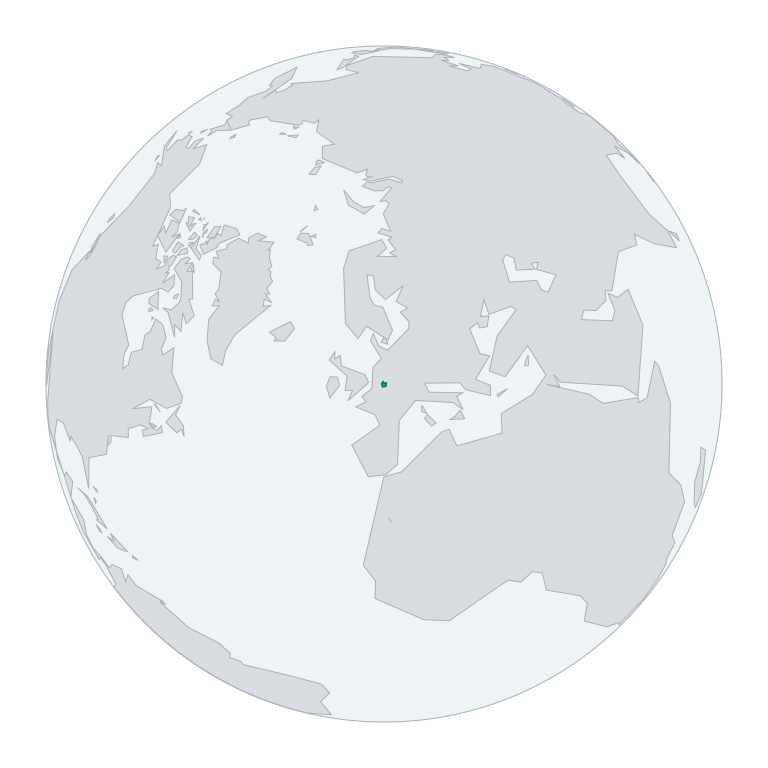 globe centered on Ardennes, rotated 327°
{"feature_id": "FRA-5268", "entity_name": "Ardennes", "entity_type": "Metropolitan department", "adm_level": 1, "iso_a3": "FRA", "parent_name": "France", "parent_adm1": "", "projection": "orthographic", "projection_center": [4.734, 49.698], "detail": "fine", "context": "on_globe", "style": "filled", "palette": "teal", "viewbox_px": 768, "rotation_deg": 327, "n_neighbors": 0, "source": "natural_earth", "source_scale": "10m", "svg_char_len": 11502}
<svg xmlns="http://www.w3.org/2000/svg" viewBox="0 0 768 768"><g transform="rotate(327 384 384)"><circle cx="384" cy="384" r="338" fill="#eef3f6" stroke="#a8b0b8"/><path d="M48.2,421.6L48.0,418.8L47.1,407.5L50.2,405.7L52.2,383.8L51.8,375.4L49.7,376.1L51.2,344.5L55.4,324.0L79.3,238.8L85.9,225.7L92.7,215.2L134.1,160.9L100.6,201.0L110.3,186.6L124.4,169.0L124.2,170.1L143.9,150.2L157.2,137.1L184.1,118.6L210.0,112.0L201.1,117.5L208.3,115.9L219.9,109.2L225.8,105.3L266.5,96.0L306.4,82.5L314.8,75.2L316.3,79.8L329.3,64.9L348.2,58.8L329.4,67.7L329.4,70.4L343.6,66.9L346.7,69.0L355.3,68.8L357.8,71.9L346.6,77.6L348.0,80.0L357.9,77.4L366.7,79.5L351.9,82.7L365.6,86.8L349.4,98.9L307.8,107.7L301.3,119.4L264.9,142.5L270.7,143.9L260.6,154.5L263.5,160.3L255.9,163.6L264.8,165.5L271.1,161.4L277.1,161.1L279.4,164.3L270.2,168.8L267.7,167.9L266.1,171.0L260.5,172.0L264.6,173.3L253.1,178.9L267.8,178.4L261.4,187.0L252.9,189.4L249.6,182.6L221.7,173.5L212.0,175.0L201.8,183.4L191.2,212.3L182.2,217.3L173.2,228.7L180.0,228.6L189.5,219.8L199.8,223.2L210.2,212.7L215.9,212.8L228.2,205.4L230.8,213.8L226.6,226.4L216.5,233.3L214.3,239.3L227.5,239.1L212.2,259.0L208.1,284.7L203.7,289.5L188.5,286.2L179.4,269.3L159.8,267.8L176.9,276.6L165.5,289.4L165.5,295.1L168.7,299.3L174.7,297.7L171.8,304.1L153.7,297.0L156.1,291.1L161.8,293.2L157.5,285.6L145.2,282.2L140.4,289.6L127.0,278.6L123.4,284.0L118.5,285.1L125.1,277.0L112.9,291.7L96.4,285.1L79.4,310.8L91.3,281.0L92.6,269.0L92.7,257.4L89.7,261.2L93.8,242.3L90.6,235.5L79.2,248.6L69.7,268.4L66.1,287.2L69.7,284.7L69.8,296.3L59.7,308.3L58.2,334.5L52.5,348.3L50.7,363.4L52.5,372.7L53.5,388.5L57.8,387.5L63.1,395.7L59.6,409.3L65.4,404.5L66.4,418.3L79.2,443.9L77.3,444.9L87.6,482.1L104.4,511.5L108.3,526.2L105.7,529.4L112.9,538.7L113.1,542.6L146.6,577.9L167.9,601.4L170.1,613.6L157.8,615.8L159.7,632.7L141.2,618.7L143.3,621.2L126.4,602.8L111.0,583.1L97.0,562.3L84.6,540.6L73.8,518.0L64.7,494.7L57.4,470.7L51.9,446.3L48.2,421.6ZM74.2,317.4L73.0,354.7L68.9,341.4L70.5,342.1L71.9,330.9L72.7,314.3L70.5,303.7L74.2,317.4ZM84.3,316.1L84.2,310.7L85.0,315.0L84.3,316.1ZM227.9,103.3L219.8,108.9L208.2,114.6L214.5,109.5L227.9,103.3ZM250.6,94.6L247.6,97.4L239.8,97.8L243.9,96.1L250.6,94.6ZM320.1,70.0L312.9,72.4L318.8,69.4L320.1,70.0ZM356.1,68.2L357.2,67.0L361.2,67.5L356.1,68.2ZM226.0,201.3L227.0,203.3L224.2,203.6L226.0,201.3ZM230.4,196.4L226.3,195.3L227.8,192.9L230.2,193.5L230.4,196.4ZM368.7,72.8L374.8,74.3L366.6,73.7L368.7,72.8ZM235.0,198.3L230.9,188.6L233.5,184.4L245.2,183.6L235.0,198.3ZM377.1,75.8L392.2,80.0L395.8,77.3L394.0,87.8L381.8,80.4L371.1,79.9L377.3,78.2L377.1,75.8ZM272.1,158.8L265.5,163.2L268.9,156.7L272.1,158.8ZM272.9,154.7L274.9,136.2L285.9,131.8L283.0,138.6L295.5,130.9L299.9,137.7L294.0,143.5L286.0,144.9L293.8,146.6L272.9,154.7ZM390.6,93.3L392.6,95.4L388.4,94.3L390.6,93.3ZM279.8,160.4L279.2,156.9L288.7,152.7L291.6,159.0L287.6,158.3L279.8,160.4ZM296.7,125.7L304.2,124.0L309.9,129.0L313.6,129.1L301.0,137.5L296.7,125.7ZM286.6,160.9L292.8,162.4L290.4,167.5L281.0,163.7L286.6,160.9ZM290.0,149.0L294.6,147.4L293.0,150.3L290.0,149.0ZM285.5,187.1L284.5,182.5L289.4,179.8L285.5,187.1ZM295.3,162.7L296.1,161.0L297.9,159.5L301.4,161.6L295.3,162.7ZM305.8,140.6L306.6,143.2L311.3,137.4L315.7,141.2L306.4,146.3L312.3,145.8L313.6,147.0L304.6,149.8L305.8,140.6ZM310.4,159.5L300.2,167.9L300.8,176.8L296.5,179.3L296.3,164.6L310.4,159.5ZM307.8,153.5L308.4,157.7L302.7,158.5L298.8,156.1L307.8,153.5ZM322.0,142.1L317.6,134.9L319.7,134.1L322.0,142.1ZM311.7,161.9L314.1,159.8L312.4,162.4L311.7,161.9ZM320.1,147.9L318.2,145.4L320.8,144.5L320.1,147.9ZM320.5,158.0L317.2,160.6L314.4,159.0L320.5,158.0ZM321.2,153.3L325.1,152.7L315.4,156.8L320.0,152.2L321.2,153.3ZM322.8,147.5L323.6,146.2L323.2,148.7L322.8,147.5ZM333.0,163.1L321.5,168.7L315.3,165.0L327.4,159.9L333.0,163.1ZM712.5,304.8L711.5,300.8L711.3,309.9L716.5,329.0L717.0,326.8L718.9,338.8L718.3,335.5L718.1,338.3L714.4,322.9L707.0,309.9L708.8,326.0L705.0,317.4L695.1,313.2L695.5,336.3L698.8,385.8L705.3,409.8L703.7,429.2L686.9,413.4L675.6,394.7L671.8,405.1L652.6,400.7L626.0,429.9L620.2,426.2L615.6,434.9L601.7,437.8L592.0,430.8L584.5,437.4L610.0,455.4L617.7,448.1L621.3,430.1L627.2,438.6L640.3,437.5L633.2,475.7L590.4,532.3L582.8,515.6L532.6,478.3L532.3,470.9L531.9,470.2L531.1,469.1L530.0,481.9L520.2,473.1L550.6,504.5L557.2,519.6L589.8,533.9L587.6,538.4L597.1,538.9L623.3,512.4L624.2,518.6L613.9,555.9L574.6,613.6L577.9,630.3L571.9,646.6L543.2,667.9L541.6,675.5L526.2,684.2L522.4,688.5L507.7,696.4L484.7,705.6L450.0,713.9L451.1,712.0L438.7,709.2L422.9,691.8L435.1,678.6L433.4,668.6L407.9,645.3L413.8,628.6L406.1,622.1L390.8,624.7L381.6,616.3L372.0,616.2L309.9,618.1L289.0,603.3L259.7,558.9L269.5,544.9L268.0,524.7L333.3,461.8L350.8,467.3L406.4,455.6L414.0,457.6L411.4,475.6L456.3,489.5L466.1,472.7L502.8,473.6L524.7,464.7L525.4,430.0L489.5,443.9L479.3,430.3L504.9,405.5L535.6,393.5L532.6,387.9L509.9,382.8L513.5,367.8L501.6,380.0L509.0,384.0L501.7,392.1L494.5,389.0L496.1,383.6L485.9,384.4L481.0,410.9L487.9,417.9L463.2,429.9L472.5,443.0L466.9,451.8L449.3,433.1L448.5,424.5L418.5,405.4L417.2,415.3L445.4,434.3L438.1,434.0L436.5,448.6L431.9,437.2L401.5,414.9L377.0,422.9L351.5,458.7L336.0,461.1L320.3,453.2L323.7,417.6L358.1,416.4L359.8,404.8L347.8,387.7L359.3,389.2L358.7,382.4L371.2,381.2L383.9,364.0L395.9,361.2L396.2,340.1L402.4,336.1L400.4,349.5L405.5,357.7L434.6,351.1L438.9,345.6L436.8,332.7L445.1,332.9L439.2,321.4L453.7,311.9L431.2,314.1L428.1,300.2L434.2,287.2L429.1,283.3L419.1,304.6L418.8,312.9L424.9,319.2L420.4,343.6L411.4,349.2L400.8,326.0L386.9,331.8L384.7,312.2L413.1,265.0L427.3,253.4L460.7,261.7L460.2,271.6L447.9,273.2L463.5,283.8L460.2,277.1L467.1,277.7L465.8,265.4L470.7,265.2L461.2,254.0L467.0,252.5L472.9,259.6L476.0,241.1L486.7,235.4L485.1,231.3L480.3,228.7L497.1,223.7L495.2,221.0L488.9,221.5L481.0,216.7L473.5,206.5L479.7,205.3L483.3,208.8L500.0,214.9L508.5,225.0L510.3,223.6L504.4,214.5L483.9,207.0L477.7,201.3L487.6,203.4L483.5,202.2L482.3,199.0L487.0,194.9L476.2,192.1L455.0,161.3L461.9,151.1L473.1,155.9L464.9,135.5L473.3,127.1L467.6,127.4L459.7,118.7L456.9,121.2L453.6,120.7L432.1,101.4L431.9,96.5L416.1,90.0L413.1,90.3L412.4,93.5L394.0,87.8L395.8,77.3L402.5,76.9L399.1,71.2L414.8,71.5L426.2,69.7L445.3,74.3L452.7,73.0L450.5,71.0L458.8,68.3L483.6,70.9L473.3,77.4L437.9,78.6L453.2,78.5L452.6,81.3L459.9,83.2L470.4,83.4L469.8,81.5L501.5,98.9L532.6,109.1L523.4,99.8L526.1,96.5L553.4,103.4L602.4,136.9L606.4,135.5L612.3,139.4L621.1,148.6L612.9,143.2L614.3,147.8L608.3,143.7L619.7,157.8L611.6,152.7L624.5,166.8L628.7,167.3L621.7,156.2L636.3,171.6L639.8,169.0L649.4,177.7L674.6,213.6L686.4,237.9L689.0,242.6L688.9,246.1L696.0,263.2L702.1,270.1L704.0,275.5L712.5,304.8ZM315.4,498.2L314.6,504.5L315.4,498.2ZM571.6,396.4L587.7,386.0L574.4,370.9L579.5,365.9L573.1,362.8L573.4,369.9L556.9,360.5L561.6,349.4L556.6,341.8L550.9,345.0L544.8,367.0L568.4,380.2L567.3,391.1L571.6,396.4ZM79.8,444.5L80.9,450.2L78.5,446.1L79.8,444.5ZM65.9,344.8L66.8,350.6L66.4,355.5L65.3,352.0L65.9,344.8ZM79.6,390.8L81.8,398.0L78.4,392.7L79.6,390.8ZM73.3,360.2L77.7,385.4L71.3,376.8L68.9,361.1L72.0,368.7L73.3,360.2ZM78.9,321.1L78.9,325.5L77.2,326.9L78.9,321.1ZM85.0,319.3L84.6,318.2L85.6,314.5L85.0,319.3ZM166.6,289.8L167.9,290.6L170.1,295.7L166.8,295.1L166.6,289.8ZM193.1,309.4L187.7,319.3L189.3,311.5L183.7,312.2L180.1,297.2L201.3,291.1L192.3,296.3L193.1,309.4ZM181.2,276.3L181.1,285.9L180.3,275.7L181.2,276.3ZM342.8,348.6L348.6,352.9L346.1,360.9L331.0,366.3L334.4,354.6L342.8,348.6ZM357.5,357.4L351.1,334.0L360.3,330.3L356.2,336.2L362.9,336.1L358.2,345.7L373.1,365.8L371.9,374.4L344.5,378.5L354.1,372.2L347.9,368.1L357.5,357.4ZM318.8,286.5L316.2,278.0L339.5,280.8L339.3,288.6L324.1,294.0L315.5,288.0L318.8,286.5ZM256.4,199.4L253.9,197.1L256.4,195.7L260.7,196.5L256.4,199.4ZM284.6,185.2L270.0,208.4L266.4,206.8L262.1,223.3L251.0,225.6L254.1,214.7L242.3,229.2L240.7,220.3L233.8,230.8L241.9,206.4L239.9,199.5L246.3,206.2L256.7,204.1L260.5,201.2L270.0,188.0L270.9,172.9L281.3,169.1L288.4,170.4L289.7,173.4L282.6,174.8L289.6,177.9L280.2,182.3L284.6,185.2ZM365.5,196.6L356.6,195.5L369.1,205.3L359.8,208.6L361.9,209.5L356.7,215.4L354.0,224.4L349.2,224.7L350.2,228.1L346.9,232.4L346.6,237.3L338.0,239.8L337.0,246.1L333.5,243.8L334.1,254.1L329.7,247.7L325.0,253.0L331.7,256.4L285.5,261.5L269.6,269.6L258.6,280.3L252.6,268.6L259.0,251.6L272.1,234.4L288.3,228.7L282.6,224.8L288.8,221.0L290.7,225.7L291.4,216.4L296.9,214.6L308.5,201.3L306.1,189.8L310.2,184.9L314.0,188.6L315.5,181.2L325.4,185.0L328.6,181.8L341.5,182.6L346.9,192.1L350.1,187.8L360.0,188.7L365.5,196.6ZM336.6,163.6L345.1,173.5L344.2,180.4L322.1,176.2L317.8,178.6L303.5,176.8L305.2,167.1L309.1,168.4L313.3,167.5L311.1,170.9L316.0,167.5L321.5,169.3L326.8,167.3L328.1,171.0L336.6,163.6ZM420.2,449.9L425.7,449.8L433.7,447.6L432.8,457.1L420.2,449.9ZM399.3,435.0L403.8,433.3L406.5,445.0L400.9,445.3L399.3,435.0ZM404.1,422.7L403.9,432.3L400.6,427.3L404.1,422.7ZM404.4,347.4L409.0,345.0L410.4,347.8L408.9,352.7L404.4,347.4ZM400.5,228.6L395.6,226.3L396.4,224.3L390.0,215.0L396.4,212.2L402.7,216.7L400.5,228.6ZM520.6,438.1L515.7,446.9L511.8,445.3L514.2,442.6L520.6,438.1ZM473.2,454.3L485.1,455.1L472.8,456.9L473.2,454.3ZM406.4,224.0L403.1,220.4L408.3,221.3L406.4,224.0ZM400.7,209.8L406.5,209.8L396.4,210.8L400.7,209.8ZM617.5,614.9L590.5,648.8L578.0,657.1L579.1,653.0L591.3,635.4L606.9,621.6L615.5,609.5L617.5,614.9ZM721.2,362.1L720.4,360.6L720.1,351.7L720.1,349.2L721.2,362.1ZM706.2,410.7L711.0,417.3L709.6,425.0L706.2,410.7ZM692.3,248.3L695.0,255.8L693.5,253.1L689.0,242.0L692.3,248.3ZM656.8,185.7L662.9,193.5L665.6,197.4L663.9,195.4L656.8,185.7ZM455.9,199.1L457.7,214.8L463.2,225.1L472.9,229.1L460.0,230.7L451.5,214.6L455.9,199.1ZM454.5,165.8L446.0,163.1L449.0,160.3L451.4,160.6L454.5,165.8ZM449.8,167.0L440.6,171.2L435.4,167.1L443.7,164.6L449.8,167.0ZM423.8,196.8L423.9,201.5L419.6,200.6L423.8,196.8ZM607.2,131.6L604.0,129.6L598.5,124.5L602.3,127.2L607.2,131.6ZM577.6,107.8L596.0,122.6L610.2,135.6L609.2,133.8L618.4,141.7L616.3,141.5L601.3,128.3L591.7,119.5L583.8,114.4L572.7,106.4L565.0,103.1L558.1,98.9L562.1,99.5L577.6,107.8ZM562.1,102.1L544.7,95.5L537.3,88.8L539.5,88.7L550.6,94.4L553.8,97.5L562.1,102.1ZM538.3,92.1L541.2,95.3L521.9,96.2L515.9,94.9L526.8,89.7L530.2,92.5L536.2,93.8L538.3,92.1ZM395.5,94.2L392.8,95.3L393.2,93.2L395.5,94.2ZM452.2,122.3L447.7,121.4L448.2,118.7L452.2,122.3ZM435.4,117.5L438.0,121.2L432.6,117.8L435.4,117.5ZM444.2,129.5L437.8,122.9L447.6,128.5L444.2,129.5Z" fill="#d9dde1" stroke="#a8b0b8" stroke-width="1"/><path d="M384.3,381.3L384.5,381.3L384.5,381.5L384.4,381.7L384.4,381.8L384.4,382.0L384.2,382.4L384.2,382.5L384.4,382.6L384.5,382.7L384.5,382.8L384.4,383.0L384.4,383.4L384.5,383.5L384.8,383.4L385.0,383.5L385.3,383.7L385.5,384.0L385.8,384.1L386.0,384.0L386.2,384.3L386.1,384.5L386.3,384.5L386.3,384.4L386.5,384.5L386.4,384.7L386.2,384.9L385.8,384.8L385.7,384.8L385.6,384.7L385.4,384.8L385.4,385.0L385.3,385.3L385.4,385.5L385.5,385.6L385.4,385.7L385.4,385.9L385.3,386.0L385.2,386.2L385.2,386.3L385.2,386.5L384.9,386.7L384.7,386.6L384.4,386.7L384.0,386.6L383.6,386.7L383.4,386.4L382.9,386.5L382.6,386.2L382.4,386.2L381.9,385.8L381.8,385.7L381.4,385.7L381.5,385.5L381.4,385.4L381.4,385.2L381.5,385.0L381.4,384.9L381.5,384.8L381.5,384.7L381.4,384.7L381.4,384.4L381.5,384.3L381.7,384.2L381.8,384.1L382.0,383.9L382.1,383.7L382.0,383.3L382.1,383.2L382.1,382.9L382.0,382.7L382.3,382.4L382.8,382.6L383.0,382.6L383.5,382.3L383.7,382.2L383.8,382.1L383.8,381.9L383.8,381.7L384.2,381.3L384.3,381.3Z" fill="#14b8a6" stroke="#0f766e" stroke-width="1.5"/></g></svg>